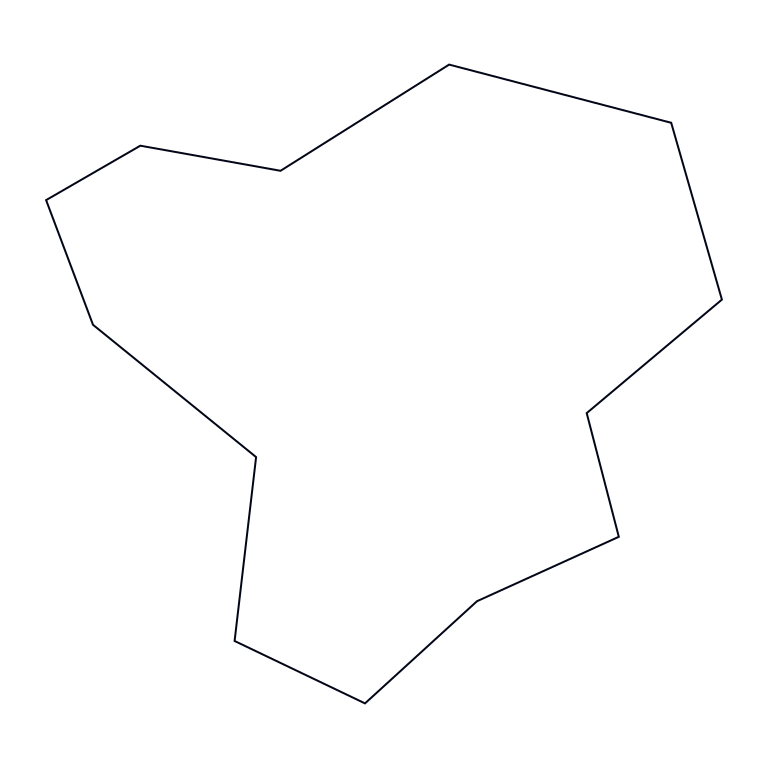 an SVG outline of Jelgava
{"feature_id": "LVA-4849", "entity_name": "Jelgava", "entity_type": "Republican City", "adm_level": 1, "iso_a3": "LVA", "parent_name": "Latvia", "parent_adm1": "", "projection": "orthographic", "projection_center": [23.715, 56.641], "detail": "fine", "context": "isolated", "style": "outline", "palette": "ink", "viewbox_px": 768, "rotation_deg": 0, "n_neighbors": 0, "source": "natural_earth", "source_scale": "10m", "svg_char_len": 304}
<svg xmlns="http://www.w3.org/2000/svg" viewBox="0 0 768 768"><path d="M280.5,170.8L449.1,64.6L671.2,122.8L721.9,299.6L665.4,347.0L586.7,413.1L618.8,536.8L477.0,601.2L365.0,703.4L234.6,641.0L256.1,457.1L93.0,324.8L46.1,200.1L140.3,145.7L280.5,170.8Z" fill="none" stroke="#020617" stroke-width="2"/></svg>